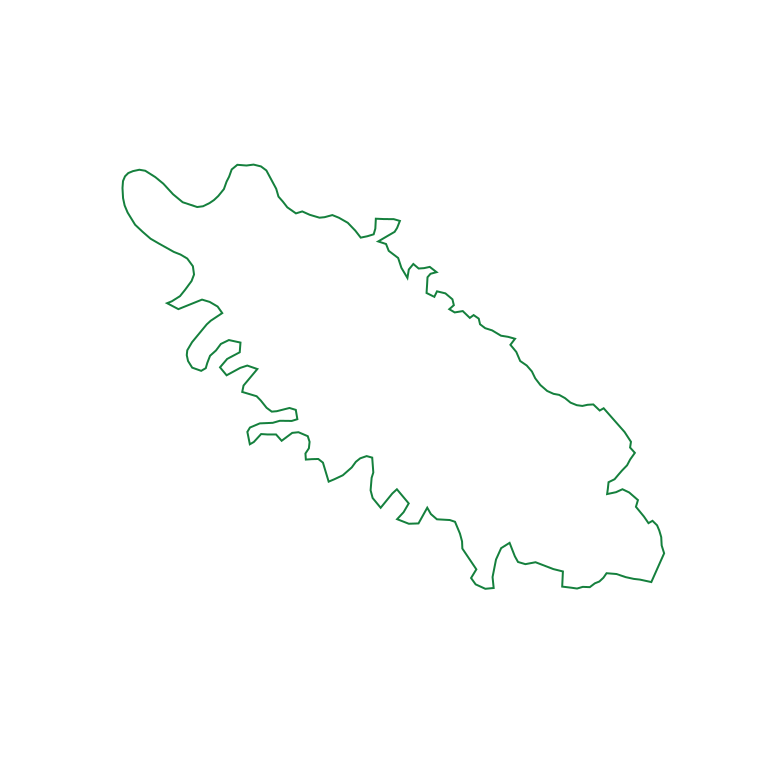 Realeza, Paraná, Brazil, rotated 311°
{"feature_id": "56859067B32532391106562", "entity_name": "Realeza", "entity_type": "district", "adm_level": 2, "iso_a3": "BRA", "parent_name": "Brazil", "parent_adm1": "Paraná", "projection": "equal_earth", "projection_center": [-53.548, -25.669], "detail": "fine", "context": "isolated", "style": "outline", "palette": "green", "viewbox_px": 768, "rotation_deg": 311, "n_neighbors": 0, "source": "geoboundaries", "source_scale": "gbopen_adm2", "svg_char_len": 3261}
<svg xmlns="http://www.w3.org/2000/svg" viewBox="0 0 768 768"><g transform="rotate(311 384 384)"><path d="M456.9,676.4L452.5,674.9L454.5,667.1L456.6,654.7L463.0,651.8L463.0,640.2L461.0,633.0L454.6,630.1L447.3,624.6L451.6,621.8L457.2,617.9L463.4,620.5L469.6,620.4L474.9,620.4L482.1,620.8L488.5,619.3L496.6,618.5L497.5,611.4L502.4,608.3L505.6,597.1L509.8,565.7L505.5,564.2L505.9,555.4L501.9,551.3L497.6,548.1L494.5,543.4L492.3,537.0L492.1,529.9L490.7,523.3L487.8,518.4L485.8,511.7L485.8,502.7L487.5,494.4L490.5,487.4L491.6,479.6L490.7,471.7L495.0,462.8L496.5,453.7L504.1,453.2L501.0,446.7L497.2,440.6L495.4,430.4L492.5,423.7L492.1,417.3L495.5,412.6L494.8,406.4L490.2,405.4L490.7,395.6L484.4,390.4L483.3,384.2L489.3,385.0L492.8,380.1L492.7,370.9L488.7,363.2L482.8,364.8L480.6,356.4L487.3,351.3L493.1,346.8L497.7,346.8L502.9,350.3L502.4,341.7L497.7,338.2L493.9,334.4L493.8,327.4L486.7,327.6L479.4,332.1L483.1,320.9L488.4,312.0L487.6,300.2L491.0,293.7L487.8,286.1L498.8,289.8L505.8,292.2L510.4,291.5L517.5,289.0L514.8,283.2L508.4,275.7L503.4,269.4L495.6,275.5L490.2,278.0L484.6,274.5L479.2,270.4L480.9,261.8L481.9,250.9L479.9,240.9L477.6,234.2L470.9,229.7L467.2,226.2L463.0,217.0L460.6,209.1L455.0,205.6L453.9,195.1L455.3,188.0L456.2,181.4L460.6,174.6L468.0,155.1L467.5,148.4L464.0,141.6L458.7,136.9L453.2,129.5L446.0,128.3L438.8,131.1L433.5,132.4L426.1,135.3L417.1,135.6L411.3,135.0L406.0,133.6L399.4,130.8L395.0,126.9L389.1,112.8L388.8,100.3L390.4,86.0L390.1,75.6L388.3,63.9L385.2,58.8L380.0,54.9L375.4,52.6L370.8,52.3L365.9,53.9L360.3,58.1L353.1,65.1L348.6,71.1L345.2,78.0L340.9,91.7L340.5,101.9L340.5,112.5L342.4,122.4L345.8,138.7L348.2,145.5L349.6,153.2L347.5,162.5L342.0,168.8L335.5,171.2L324.4,172.1L316.5,172.4L307.2,169.6L302.7,167.3L305.6,179.7L328.3,191.3L331.6,198.6L333.3,207.6L331.4,215.4L318.0,211.7L312.7,211.1L289.6,211.7L280.4,213.4L276.4,216.2L272.8,221.0L270.5,228.5L274.0,237.4L279.0,239.1L284.0,236.8L291.2,234.2L299.1,235.2L307.2,234.6L315.4,238.1L321.1,248.5L313.3,254.3L300.1,249.2L289.0,249.3L287.3,259.5L301.8,264.9L308.2,268.7L312.2,278.6L290.7,279.0L285.0,282.2L291.2,295.9L290.7,301.8L289.0,311.0L289.5,317.4L293.1,320.9L303.9,328.4L306.6,334.4L300.6,341.7L295.6,338.6L287.9,329.5L281.7,325.5L272.8,316.1L263.2,311.4L258.2,312.3L250.5,322.3L254.8,323.8L265.6,324.1L269.5,329.2L275.1,335.6L274.0,344.0L286.9,346.8L291.5,351.1L294.6,360.7L291.5,365.8L286.2,369.5L280.0,370.3L275.7,374.6L280.0,378.9L284.3,383.6L284.6,389.5L274.0,406.3L279.3,408.9L288.1,412.8L299.9,414.4L306.8,413.8L312.3,414.8L318.2,418.2L320.7,423.4L310.2,434.0L305.1,436.2L295.0,443.6L290.5,450.2L288.4,462.7L306.8,462.1L313.0,462.8L310.1,481.0L300.1,482.9L290.6,482.6L294.8,494.4L301.4,501.5L319.0,497.8L316.6,504.7L316.6,512.7L324.5,522.9L326.6,528.0L320.9,539.5L316.4,546.2L311.2,551.1L304.7,575.3L294.7,577.0L292.9,584.6L295.9,594.8L302.0,600.6L309.5,592.6L325.0,583.7L337.0,580.1L346.5,583.0L339.8,595.8L337.6,601.9L340.8,608.9L348.9,615.3L355.4,633.2L359.9,642.0L348.0,651.4L353.0,658.8L356.3,663.9L361.3,667.1L365.7,672.6L371.9,673.9L376.2,676.1L381.7,676.7L387.2,676.1L393.1,684.1L396.8,693.1L400.8,700.4L404.3,705.5L409.9,715.7L440.0,706.5L444.3,699.5L450.3,693.7L454.0,687.9L456.5,682.8L456.9,676.4Z" fill="none" stroke="#15803d" stroke-width="2"/></g></svg>